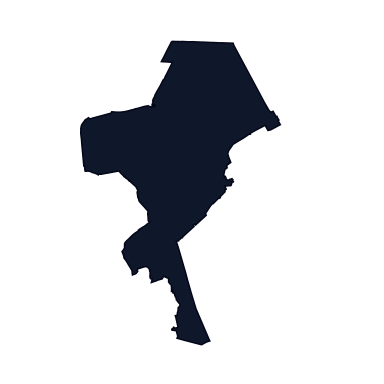 Nijkerk, Gelderland, Netherlands (Albers equal-area conic projection), rotated 78°
{"feature_id": "6326949B35923239833945", "entity_name": "Nijkerk", "entity_type": "district", "adm_level": 2, "iso_a3": "NLD", "parent_name": "Netherlands", "parent_adm1": "Gelderland", "projection": "albers", "projection_center": [5.5, 52.215], "detail": "fine", "context": "isolated", "style": "filled", "palette": "ink", "viewbox_px": 384, "rotation_deg": 78, "n_neighbors": 0, "source": "geoboundaries", "source_scale": "gbopen_adm2", "svg_char_len": 5640}
<svg xmlns="http://www.w3.org/2000/svg" viewBox="0 0 384 384"><g transform="rotate(78 192 192)"><path d="M55.0,120.8L53.2,128.1L52.6,130.4L51.7,134.4L51.5,135.0L51.4,135.7L51.0,137.0L50.7,138.3L50.2,140.1L49.2,144.3L49.0,145.0L48.9,145.4L48.6,146.5L48.2,148.1L47.5,150.7L47.4,151.4L46.4,155.3L45.5,158.7L45.1,160.1L45.0,160.9L44.7,162.1L44.4,164.1L44.1,165.0L43.7,166.5L43.4,167.8L43.2,168.5L42.8,169.9L42.3,172.9L42.1,173.5L41.9,174.2L41.6,175.8L40.7,179.3L40.6,180.1L41.0,181.0L49.2,187.7L53.8,191.3L56.6,193.7L58.1,194.9L59.2,190.9L60.1,187.6L61.2,184.3L70.6,191.7L73.7,194.3L75.4,195.3L76.6,197.2L78.0,198.2L81.7,201.2L86.1,205.2L87.4,206.3L88.8,207.3L88.8,207.5L89.0,207.8L89.8,208.2L90.2,208.3L92.1,209.6L92.0,209.8L92.5,210.2L92.6,210.3L93.5,210.9L94.7,211.5L95.0,210.9L98.2,212.9L98.5,211.9L99.0,210.1L99.9,210.4L100.5,210.7L100.2,211.1L100.4,211.2L99.4,212.9L99.5,212.9L100.6,213.5L100.3,214.1L99.7,215.3L98.7,217.0L98.7,217.6L98.8,217.8L98.7,218.0L98.5,217.8L98.4,219.4L98.4,220.8L98.5,222.4L98.5,223.6L98.7,224.6L98.8,225.5L98.8,225.9L98.7,226.0L98.9,227.9L98.8,230.6L99.1,231.0L99.2,233.4L99.1,233.5L99.1,234.0L99.2,234.6L99.4,238.6L99.4,240.6L99.3,242.7L99.2,243.7L98.9,246.0L98.3,248.7L97.7,251.0L96.8,253.8L97.2,254.2L97.7,254.1L98.2,254.4L98.0,254.8L98.6,265.3L99.0,273.3L99.2,275.3L99.2,276.6L99.3,277.1L98.3,277.4L97.8,277.7L98.4,279.3L98.6,279.5L98.9,280.5L99.0,281.2L101.7,284.2L102.8,285.4L103.6,286.1L104.4,286.6L105.9,287.2L107.4,287.8L107.7,287.6L109.6,288.2L111.4,288.6L116.1,289.1L116.9,289.1L121.9,289.8L122.4,289.9L122.7,289.9L144.0,292.4L144.0,291.7L149.2,292.3L149.5,292.0L149.7,291.3L149.8,290.5L149.8,290.1L149.8,289.6L150.0,289.1L150.2,288.7L150.4,287.9L150.7,287.6L150.9,287.2L151.4,286.4L152.0,285.8L152.3,285.3L152.9,284.2L153.1,283.6L153.2,283.2L153.7,282.8L154.1,282.1L155.1,280.8L155.4,280.5L155.8,280.2L155.6,280.0L155.2,279.7L155.2,279.3L155.6,278.0L155.8,276.8L155.8,276.1L155.7,275.5L155.8,275.0L155.8,274.7L155.8,274.3L155.8,274.2L156.0,269.0L156.2,259.9L156.3,259.9L156.3,259.2L156.5,259.0L157.2,258.6L158.3,258.1L159.9,257.0L162.5,255.3L162.8,255.4L163.0,255.2L162.7,254.9L163.0,254.6L163.1,254.8L165.0,253.5L167.4,251.0L167.7,251.5L168.6,250.8L168.6,250.5L168.4,250.1L169.3,249.2L169.8,249.7L174.0,246.6L175.4,245.7L179.6,244.6L180.1,245.1L180.6,245.7L186.2,246.1L186.2,245.7L189.5,245.7L190.6,245.3L193.2,243.8L193.6,243.6L195.6,242.4L199.5,240.2L200.8,239.4L201.0,239.1L201.3,239.1L202.0,239.1L202.4,239.2L204.2,239.9L206.8,240.1L207.4,240.2L211.0,240.8L211.3,240.7L213.0,239.7L213.7,241.8L214.1,242.7L215.2,244.6L215.2,244.9L215.6,245.5L216.3,247.9L216.7,249.0L217.6,251.3L218.0,252.2L218.4,252.1L218.5,251.9L219.1,253.2L219.6,254.3L220.3,256.2L221.7,259.0L224.0,262.6L224.2,262.9L224.9,263.8L225.0,264.1L226.2,266.1L226.4,266.4L226.7,266.8L227.0,267.3L227.4,267.8L227.9,268.2L228.4,268.6L228.9,268.8L229.4,268.9L232.2,269.5L232.8,269.8L233.4,270.3L233.7,270.5L235.0,271.9L235.7,272.8L239.7,272.2L240.3,272.1L242.3,272.2L242.7,272.1L245.0,271.0L246.2,270.5L251.1,268.9L251.5,268.7L252.0,268.5L256.2,267.1L256.8,267.1L260.2,267.5L260.8,267.5L260.5,266.7L260.6,266.1L260.5,265.0L260.1,263.9L259.9,263.4L258.9,262.2L258.4,261.6L256.2,261.7L255.7,259.6L255.8,259.4L255.7,259.1L255.8,258.9L255.4,255.9L255.3,252.3L257.7,249.9L263.0,249.7L262.9,249.9L265.8,250.7L266.4,250.8L268.2,250.6L268.8,248.9L272.1,250.6L271.8,248.4L271.5,245.5L271.1,243.9L270.8,239.3L270.7,239.2L268.6,237.3L271.7,232.9L275.2,233.6L275.3,233.5L277.2,232.8L277.3,232.5L277.2,232.4L278.7,231.7L281.7,231.9L281.8,232.1L282.7,232.1L284.9,232.8L285.0,232.7L284.6,232.2L284.6,231.9L284.7,231.5L284.8,231.5L285.0,231.5L286.3,231.7L286.6,231.6L286.9,231.5L287.0,230.6L288.5,230.3L289.5,230.3L290.8,230.1L291.5,229.9L292.5,229.6L293.5,229.5L294.2,229.8L294.6,229.4L296.6,228.6L298.7,227.5L299.8,227.1L300.1,227.1L300.8,227.6L301.6,228.5L302.1,229.4L302.4,229.6L302.5,229.4L304.0,230.0L305.1,230.4L305.9,230.6L306.4,231.0L306.6,231.2L309.4,232.1L309.5,234.1L309.8,234.1L310.2,233.9L321.6,233.8L321.6,237.2L320.5,237.9L320.9,238.3L321.5,239.6L321.9,240.0L322.0,240.3L323.0,240.3L324.4,236.3L330.2,235.9L331.9,237.1L335.3,230.6L343.4,214.4L342.5,211.4L341.8,209.1L341.4,205.5L341.0,205.7L307.0,212.4L290.2,213.8L276.7,214.7L268.6,215.1L264.9,215.4L252.2,216.3L243.0,217.0L236.9,217.6L237.0,215.3L236.6,215.2L234.8,211.9L234.7,210.8L234.2,210.8L226.1,197.1L224.3,197.5L224.0,195.4L225.0,195.3L217.7,182.9L215.9,183.3L213.8,181.2L210.2,177.6L208.1,175.2L207.8,173.7L204.5,168.7L203.2,166.5L203.8,166.1L203.1,165.4L202.7,165.7L198.7,159.7L196.3,159.0L196.5,158.1L196.1,158.0L193.0,158.7L193.0,158.4L193.3,156.8L193.4,156.3L193.5,154.4L193.8,153.3L193.9,152.7L193.7,152.4L192.8,151.9L191.9,151.3L191.5,151.3L190.4,151.5L190.4,151.4L190.9,149.6L190.6,149.3L189.3,149.9L188.4,149.5L188.3,149.8L187.2,150.1L187.5,151.1L187.4,152.2L187.5,152.7L188.0,153.1L187.9,154.2L187.3,155.2L186.7,155.6L186.2,155.9L185.9,155.9L185.3,155.9L184.6,155.9L183.9,156.2L183.5,156.4L184.1,157.0L182.5,157.7L182.3,157.5L180.3,156.7L176.5,155.0L176.5,154.2L176.3,153.9L175.9,153.0L175.6,152.6L175.0,152.9L174.8,152.6L174.7,152.6L174.2,152.6L173.6,153.1L171.1,147.9L170.1,148.1L169.0,148.2L168.0,148.4L166.0,148.8L161.9,149.1L159.5,147.7L158.9,147.3L156.1,144.2L154.0,142.1L152.4,137.8L151.8,136.0L149.8,130.1L149.7,129.9L147.5,124.5L147.4,123.8L147.6,123.5L147.6,122.9L146.8,123.0L146.7,122.6L145.7,119.6L144.3,114.9L142.1,106.9L142.1,106.6L147.6,104.9L147.6,102.2L144.5,91.6L140.0,93.0L139.7,92.0L137.5,92.8L135.6,93.2L135.9,94.1L129.9,95.9L130.3,98.3L128.5,99.6L119.6,102.5L57.6,120.5L55.0,120.8Z" fill="#0f172a" stroke="#020617" stroke-width="1.5"/></g></svg>